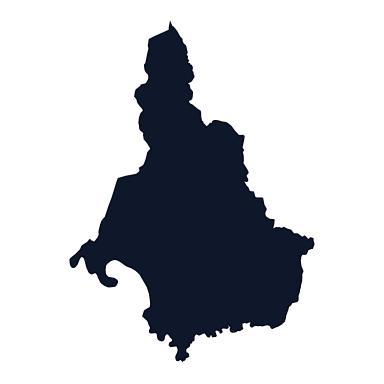 outline of Ayun Pa, Gia Lai, Vietnam, rotated 180°
{"feature_id": "81297802B91685830390053", "entity_name": "Ayun Pa", "entity_type": "district", "adm_level": 2, "iso_a3": "VNM", "parent_name": "Vietnam", "parent_adm1": "Gia Lai", "projection": "robinson", "projection_center": [108.411, 13.31], "detail": "fine", "context": "isolated", "style": "filled", "palette": "ink", "viewbox_px": 384, "rotation_deg": 180, "n_neighbors": 0, "source": "geoboundaries", "source_scale": "gbopen_adm2", "svg_char_len": 5923}
<svg xmlns="http://www.w3.org/2000/svg" viewBox="0 0 384 384"><g transform="rotate(180 192 192)"><path d="M207.1,23.7L205.2,23.6L205.0,24.6L204.7,24.9L203.5,24.7L202.8,24.9L202.5,24.1L201.9,24.1L201.8,23.2L201.6,23.0L200.3,24.0L199.7,24.0L198.9,25.1L198.9,25.4L199.7,26.1L199.4,26.6L196.9,26.8L195.5,27.8L195.8,29.7L196.4,30.6L196.8,30.8L197.7,30.6L198.2,31.0L198.5,33.7L198.4,34.6L197.6,36.1L195.5,37.2L194.9,37.9L194.5,39.3L194.5,40.6L194.1,41.1L192.7,41.2L192.3,42.7L191.3,43.4L190.4,43.6L190.1,45.9L190.4,47.1L189.3,49.1L188.0,50.3L187.3,50.3L184.9,49.2L179.3,51.7L178.6,50.5L177.5,49.7L177.1,48.6L175.8,47.3L175.0,47.2L174.6,47.6L173.6,49.7L173.1,50.0L172.3,49.6L171.2,47.4L170.0,47.7L168.6,47.7L168.2,48.0L168.0,48.4L169.2,51.8L169.3,52.9L168.9,53.7L167.7,54.3L166.5,54.0L165.3,53.3L164.1,53.5L163.8,51.4L163.5,51.2L162.9,51.4L162.3,51.9L162.1,52.7L163.3,54.7L163.2,55.3L161.0,56.3L159.2,56.2L157.6,55.8L156.5,56.1L156.0,56.8L156.3,59.1L155.8,59.8L155.4,60.0L154.8,59.6L153.8,57.6L152.5,57.2L153.6,55.1L153.5,53.7L153.1,52.8L151.7,51.9L148.4,52.4L147.8,52.6L147.1,53.7L144.4,53.6L141.6,55.2L141.5,55.5L142.2,57.3L142.3,60.6L142.0,61.5L141.0,61.2L140.0,61.7L139.0,61.8L137.3,61.2L135.7,62.0L134.5,62.4L133.6,62.3L132.9,61.9L132.7,61.1L133.5,59.4L133.5,58.5L132.8,57.4L132.0,57.2L129.9,58.5L128.1,58.9L125.8,58.5L124.1,58.8L121.6,58.3L117.8,59.4L116.4,59.5L113.6,58.5L112.7,56.4L111.8,55.7L107.8,57.5L106.3,57.9L102.6,60.2L99.8,62.8L98.9,65.7L98.5,68.5L96.3,74.7L95.6,77.5L93.5,79.1L92.5,81.0L92.0,81.5L87.0,82.7L86.3,83.6L86.1,85.2L86.2,88.3L84.8,92.5L84.8,94.3L83.9,96.3L83.8,98.6L82.6,103.0L82.4,107.6L82.6,109.3L81.3,112.8L83.2,117.5L83.5,119.2L84.0,123.9L83.5,125.7L83.8,127.1L83.2,127.6L82.6,129.1L82.1,129.6L81.0,130.0L79.0,129.8L78.0,130.2L76.8,132.6L76.7,133.7L76.3,134.2L72.7,135.8L71.7,135.8L70.2,140.1L71.1,143.0L71.2,145.3L73.5,146.0L75.1,144.5L75.8,144.4L76.4,144.7L78.9,147.4L79.6,147.7L81.6,146.4L82.1,146.6L86.0,149.6L87.0,150.0L90.4,149.9L93.2,153.6L97.2,154.8L100.2,156.4L102.0,155.5L102.9,155.4L104.3,156.1L108.2,156.1L110.6,154.7L111.5,154.7L111.7,155.3L110.5,159.9L110.1,163.9L110.3,164.2L113.9,164.4L115.1,164.8L118.2,166.9L118.7,167.7L119.2,168.6L119.5,171.3L118.0,174.8L120.3,179.2L121.5,185.5L122.0,185.8L127.5,185.8L128.7,186.3L129.6,187.5L130.3,190.7L130.8,191.9L133.7,192.1L134.6,192.6L135.1,193.2L136.0,195.9L137.9,197.9L140.5,202.3L140.4,202.7L139.8,203.4L138.8,203.3L137.7,202.7L137.1,202.8L136.6,203.3L136.5,204.5L138.1,207.8L138.2,208.7L136.3,211.0L136.1,211.7L137.4,214.4L141.4,220.8L140.9,223.1L141.0,228.1L142.0,232.1L140.6,234.0L141.8,235.5L142.2,237.0L141.7,238.8L140.4,245.2L140.1,247.4L140.2,247.9L141.1,248.5L144.4,248.2L145.6,248.5L149.6,252.9L153.4,258.0L157.2,260.8L158.8,261.4L162.5,261.9L164.7,262.7L166.7,263.1L168.8,263.3L170.1,263.1L171.1,262.5L171.4,260.6L173.8,260.4L175.3,258.4L177.4,257.0L178.0,257.0L179.6,259.3L180.8,259.9L181.6,262.2L182.5,262.5L183.5,266.8L183.7,271.8L184.0,272.9L187.0,274.8L192.1,279.0L194.2,279.9L195.0,280.8L196.1,283.2L195.7,283.7L194.3,284.1L192.6,285.1L192.0,287.7L191.7,291.8L192.0,292.5L194.3,295.0L194.8,298.2L195.1,299.0L196.8,299.8L197.1,300.5L195.6,301.6L193.5,302.6L192.5,303.5L190.3,307.1L190.3,307.9L191.2,310.1L191.2,311.4L192.5,313.5L191.9,315.6L192.0,317.0L192.8,318.5L194.2,319.1L194.6,320.2L195.9,320.2L196.3,320.6L196.4,322.3L195.7,323.3L197.2,325.4L196.7,327.0L196.9,327.7L197.2,328.1L197.8,328.3L198.2,328.8L198.1,329.5L197.2,330.9L197.1,331.8L198.5,337.9L198.9,338.5L200.5,339.7L201.5,341.3L202.1,342.9L202.2,344.8L204.5,347.2L207.3,352.4L208.9,354.5L210.0,355.9L212.4,357.9L213.7,361.0L214.5,356.8L214.6,353.7L227.1,348.2L234.1,344.8L234.7,344.1L235.0,341.0L235.5,338.6L234.8,335.4L236.2,329.7L238.0,320.5L238.4,319.9L238.9,319.7L239.3,319.0L238.9,314.9L238.4,313.4L237.5,311.9L235.7,310.2L235.0,308.6L235.0,305.9L235.4,304.3L236.5,302.1L238.0,300.1L239.3,299.6L242.7,298.9L242.8,298.1L243.3,297.5L247.5,294.3L248.3,292.6L249.1,287.5L247.3,285.6L246.9,284.8L246.0,281.4L243.4,277.9L241.7,276.2L240.5,274.1L240.4,273.5L240.6,272.9L243.0,270.3L244.3,266.3L244.9,261.3L244.4,259.2L244.0,255.3L243.2,253.9L240.0,251.3L239.9,251.0L240.3,249.2L239.8,246.9L239.7,245.1L236.7,241.7L232.9,235.5L233.2,234.8L236.0,231.5L237.5,225.3L239.5,219.7L241.0,217.9L244.4,215.9L243.8,213.8L244.1,212.3L247.5,209.5L258.5,207.4L265.6,205.3L266.7,202.5L271.5,186.8L275.3,176.6L278.2,167.8L278.6,166.6L280.2,165.1L282.1,162.4L283.2,159.3L284.6,153.4L284.8,152.2L284.5,149.3L286.0,145.9L289.7,141.4L290.1,141.4L291.6,142.6L292.9,142.5L293.9,144.1L294.3,144.1L296.1,141.7L301.5,138.2L302.3,137.1L303.2,134.6L308.2,129.4L312.0,126.4L313.8,124.6L313.6,121.1L313.0,118.7L312.6,117.9L311.9,117.1L311.2,116.8L310.1,116.8L308.8,117.6L306.9,120.0L305.0,124.9L303.6,127.2L302.5,127.7L300.8,127.4L299.7,126.1L299.0,124.6L296.9,116.5L294.8,111.9L293.9,111.0L292.7,110.4L291.3,110.6L289.4,111.6L288.7,111.6L287.5,110.9L286.1,108.7L285.4,106.6L283.3,102.3L282.2,101.0L279.4,98.9L276.4,97.6L275.0,97.3L269.8,97.8L268.7,98.3L267.8,99.4L266.8,101.5L266.7,102.6L267.1,103.5L269.8,105.4L275.6,106.4L277.6,108.0L278.7,109.9L279.2,113.5L278.7,118.3L278.4,119.1L276.9,120.9L273.9,123.3L270.6,124.7L268.1,124.7L266.8,124.3L263.9,122.9L258.0,118.7L255.8,117.6L253.3,116.8L248.9,114.4L247.0,112.9L243.8,109.8L236.5,97.1L234.3,90.1L233.4,83.8L233.1,79.7L233.3,77.3L234.5,76.0L238.9,73.5L239.5,72.7L241.0,67.9L236.3,63.6L235.8,62.8L234.8,59.6L233.2,56.5L233.5,54.9L234.3,53.6L234.3,52.2L233.8,51.6L233.0,51.2L229.4,51.6L228.0,51.5L227.3,51.1L226.5,49.9L226.1,46.6L225.7,45.1L224.4,44.0L222.3,43.3L221.3,43.5L220.2,44.7L219.7,47.5L219.1,48.9L218.5,49.7L217.6,50.3L216.8,50.5L216.1,50.3L215.3,49.8L213.1,46.7L211.9,45.7L211.1,44.2L211.3,42.5L214.0,41.1L214.3,40.6L214.6,39.3L214.4,38.5L213.2,37.6L207.6,38.4L206.7,37.6L206.2,36.6L205.6,34.3L205.7,33.1L206.5,30.5L207.6,28.4L208.0,26.8L207.9,25.5L207.1,23.7Z" fill="#0f172a" stroke="#020617" stroke-width="1.5"/></g></svg>